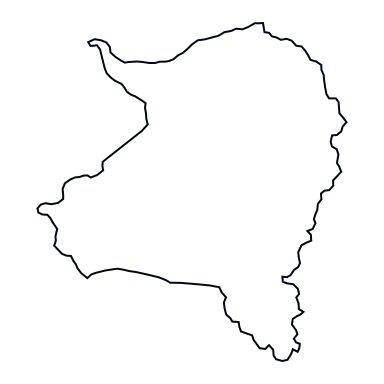 Cromínia, Goiás, Brazil (orthographic projection)
{"feature_id": "56859067B21383139216315", "entity_name": "Cromínia", "entity_type": "district", "adm_level": 2, "iso_a3": "BRA", "parent_name": "Brazil", "parent_adm1": "Goiás", "projection": "orthographic", "projection_center": [-49.359, -17.252], "detail": "fine", "context": "isolated", "style": "outline", "palette": "ink", "viewbox_px": 384, "rotation_deg": 0, "n_neighbors": 0, "source": "geoboundaries", "source_scale": "gbopen_adm2", "svg_char_len": 2599}
<svg xmlns="http://www.w3.org/2000/svg" viewBox="0 0 384 384"><path d="M287.5,359.8L291.1,354.1L292.9,349.3L297.6,351.8L299.3,348.2L299.8,343.8L296.1,342.4L293.8,338.7L297.4,334.3L296.1,330.3L291.9,324.4L292.8,318.9L296.8,316.3L300.3,314.6L303.4,311.9L298.9,309.1L298.6,303.4L296.3,297.5L299.1,294.0L297.8,288.8L293.2,284.2L287.2,283.4L282.8,281.8L282.4,276.7L286.9,277.2L290.5,275.2L294.0,270.0L298.2,266.9L300.0,263.2L298.8,257.6L298.2,252.3L301.5,245.3L306.3,242.7L311.2,240.7L310.9,234.8L307.4,231.1L312.6,229.0L315.5,223.2L313.9,219.3L315.2,214.9L317.2,210.2L317.9,203.8L321.4,199.4L321.0,193.5L324.4,190.7L329.2,190.1L333.3,185.6L333.1,180.4L337.3,176.0L341.2,171.7L339.1,166.4L336.9,162.9L337.7,158.7L338.4,154.4L336.7,149.2L331.9,146.5L330.7,141.5L332.1,135.4L336.9,135.0L341.2,131.4L342.7,126.5L346.5,122.1L343.0,117.5L339.4,113.3L339.0,107.6L338.6,102.2L335.9,98.4L329.1,98.4L326.5,94.3L325.2,87.7L324.3,81.6L323.7,75.0L321.4,69.8L321.3,65.0L316.2,61.5L310.4,59.8L308.1,55.2L305.0,50.4L301.6,46.5L296.2,45.7L291.7,40.7L286.6,38.8L280.9,39.8L276.4,37.4L272.0,36.4L269.1,32.8L264.5,32.2L263.0,23.0L258.9,23.3L254.9,23.2L248.0,27.1L242.5,29.3L236.1,28.7L231.3,30.9L224.4,32.2L218.1,35.9L213.7,37.0L204.7,39.4L197.8,40.3L192.0,44.4L187.6,48.8L182.9,52.9L178.1,55.3L173.7,59.1L169.6,60.8L165.4,61.7L159.8,61.7L154.9,63.0L149.2,63.0L142.7,62.0L137.0,61.5L128.7,62.0L124.8,62.6L121.0,60.6L115.7,57.1L110.5,52.5L109.9,47.1L106.4,42.5L101.1,40.3L94.7,39.2L88.2,42.1L90.5,46.0L97.0,45.3L100.1,49.5L103.3,62.7L104.7,68.1L106.6,73.1L110.4,77.2L114.9,80.7L121.6,84.0L124.5,87.7L127.0,91.9L131.4,94.9L135.0,96.2L141.4,100.2L145.6,103.2L145.0,108.0L146.0,113.5L146.3,118.8L147.7,124.4L141.9,130.9L106.2,159.0L102.7,161.9L102.4,166.0L103.2,170.3L97.2,175.0L90.7,177.5L87.5,175.4L83.5,175.6L79.5,177.0L75.1,177.4L70.1,179.6L64.9,183.3L62.6,189.0L63.2,195.0L63.2,199.0L58.0,202.9L51.5,204.2L45.3,203.2L40.6,204.7L37.5,208.4L38.4,212.6L42.3,214.5L47.4,214.8L50.3,218.0L52.6,222.2L57.2,229.0L55.5,236.2L55.8,240.9L54.2,245.6L57.4,249.0L61.8,253.7L66.2,255.6L71.0,256.0L73.3,260.7L76.0,264.5L77.4,268.2L81.2,273.1L87.3,278.1L91.2,274.5L96.0,272.8L105.6,270.4L117.3,268.7L122.5,269.5L129.5,271.1L135.9,272.0L147.2,274.5L159.1,277.4L166.3,280.3L170.1,282.7L181.2,282.9L199.1,284.4L210.1,285.5L219.3,287.2L221.7,292.5L226.0,297.3L223.9,302.5L224.6,308.5L226.2,314.5L230.4,318.3L232.3,321.6L238.6,322.0L239.4,327.0L241.0,331.4L247.5,333.8L252.1,335.3L253.5,339.7L259.6,348.2L265.4,348.9L269.0,345.2L273.2,349.7L273.6,355.4L276.0,359.2L282.4,361.0L287.5,359.8Z" fill="none" stroke="#020617" stroke-width="2"/></svg>